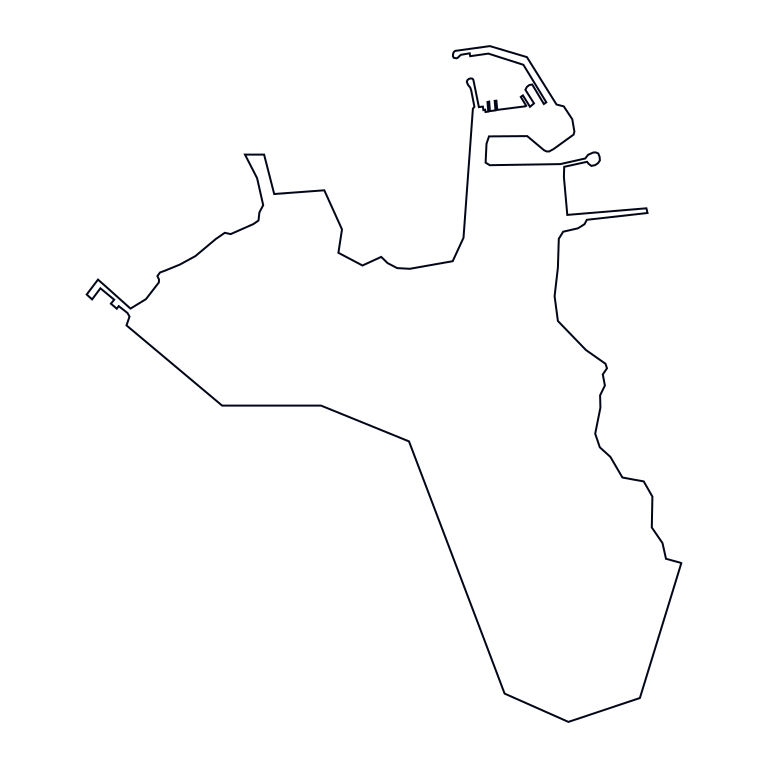 28, Qatar (Natural Earth projection)
{"feature_id": "91078587B7560813116985", "entity_name": "28", "entity_type": "district", "adm_level": 2, "iso_a3": "QAT", "parent_name": "Qatar", "parent_adm1": "", "projection": "natural_earth1", "projection_center": [51.577, 25.289], "detail": "fine", "context": "isolated", "style": "outline", "palette": "ink", "viewbox_px": 768, "rotation_deg": 0, "n_neighbors": 0, "source": "geoboundaries", "source_scale": "gbopen_adm2", "svg_char_len": 2050}
<svg xmlns="http://www.w3.org/2000/svg" viewBox="0 0 768 768"><path d="M681.3,563.2L680.3,562.7L666.0,558.8L662.5,543.1L651.8,527.5L652.4,496.6L643.7,481.4L632.6,479.4L622.4,477.5L610.4,456.9L599.8,447.3L595.2,433.7L600.4,407.7L600.1,395.3L604.9,385.6L602.8,374.4L607.0,368.3L605.5,363.8L585.9,350.0L557.9,321.0L554.6,296.2L557.9,267.6L558.8,238.8L563.2,231.7L578.0,228.3L584.6,224.1L586.8,219.8L647.5,213.0L646.4,208.3L567.3,214.9L563.9,177.0L564.2,166.8L587.1,161.8L588.6,163.8L591.4,165.9L595.2,165.1L598.1,163.1L599.9,160.4L599.6,156.8L598.3,153.5L595.7,152.4L593.3,152.5L588.1,154.8L585.2,158.5L560.3,164.1L489.7,165.2L485.6,162.6L486.5,143.8L489.0,136.4L527.2,136.1L544.0,150.2L546.5,151.4L549.0,151.5L553.5,149.1L573.6,134.6L574.4,131.6L572.3,119.3L563.8,106.4L556.5,104.5L526.9,57.1L489.9,46.1L455.1,50.9L453.7,52.2L453.1,53.8L452.9,56.0L453.7,57.8L456.5,58.3L457.8,57.7L459.8,55.8L460.9,54.8L469.7,53.3L470.2,56.2L488.4,53.6L523.4,64.8L546.3,102.3L543.9,104.0L532.2,84.5L529.4,85.0L526.9,86.9L525.4,89.8L534.0,103.4L530.0,106.8L522.9,95.4L520.8,96.9L526.2,105.8L525.4,106.3L497.2,109.9L496.4,100.7L494.7,100.9L495.5,110.4L489.9,111.1L489.2,101.6L487.5,102.0L488.3,111.6L485.5,112.0L485.1,109.7L483.4,110.1L482.9,106.6L478.9,107.1L473.4,80.0L472.5,78.7L470.6,78.4L468.7,79.0L467.3,80.3L466.8,81.9L468.1,85.0L470.2,87.5L471.2,90.3L474.4,106.8L472.9,108.7L463.5,237.8L452.7,261.2L409.8,268.8L397.2,268.1L387.6,263.1L381.2,256.9L362.5,265.5L338.4,252.8L342.0,229.4L324.3,190.3L274.2,194.0L264.1,154.6L245.0,154.6L257.1,178.2L263.2,205.2L259.4,212.4L258.5,220.5L253.5,224.0L230.7,234.1L224.8,232.8L215.8,239.0L195.4,256.1L179.8,264.6L164.9,270.7L160.0,272.5L157.4,276.1L159.0,279.5L158.9,282.4L146.0,299.1L130.5,308.6L105.7,286.4L98.0,279.6L86.7,294.5L92.1,299.4L100.4,288.3L104.4,291.6L114.2,299.7L110.9,303.7L116.8,308.7L118.7,306.1L127.5,313.0L129.5,316.6L126.5,325.4L222.1,405.6L321.0,405.6L409.0,441.4L447.5,542.8L485.2,642.2L504.6,693.6L568.4,721.9L639.9,698.0L661.9,626.4L681.3,563.2Z" fill="none" stroke="#020617" stroke-width="2"/></svg>